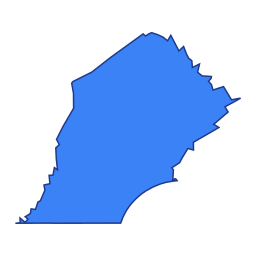 the district of Chester, Pennsylvania, United States of America
{"feature_id": "52423323B16152301148770", "entity_name": "Chester", "entity_type": "district", "adm_level": 2, "iso_a3": "USA", "parent_name": "United States of America", "parent_adm1": "Pennsylvania", "projection": "natural_earth1", "projection_center": [-75.735, 39.984], "detail": "fine", "context": "isolated", "style": "filled", "palette": "blue", "viewbox_px": 256, "rotation_deg": 0, "n_neighbors": 0, "source": "geoboundaries", "source_scale": "gbopen_adm2", "svg_char_len": 1330}
<svg xmlns="http://www.w3.org/2000/svg" viewBox="0 0 256 256"><path d="M172.7,181.2L173.4,170.0L171.9,167.7L179.6,162.7L182.2,157.8L187.9,148.5L193.5,150.0L193.4,142.3L199.7,138.6L218.9,127.5L213.7,124.3L228.1,112.0L225.0,106.8L237.2,100.1L240.6,98.1L231.5,99.8L223.5,86.6L213.0,90.0L211.4,84.5L208.5,81.3L211.1,78.4L211.4,76.5L202.1,75.9L197.6,72.2L199.5,64.0L192.4,67.5L191.8,60.7L188.7,58.3L186.5,54.1L183.6,46.5L178.9,50.9L170.8,35.3L167.6,40.8L163.1,37.2L158.0,34.8L151.7,32.7L149.1,33.7L145.5,36.0L143.1,33.9L110.8,57.3L91.8,72.1L73.0,81.5L71.7,83.2L73.5,93.4L73.6,108.3L69.1,116.0L63.0,126.5L56.5,139.4L59.3,144.6L55.8,147.9L56.3,158.8L57.5,169.8L54.4,167.6L53.0,175.2L49.1,175.3L49.9,183.7L44.0,185.0L44.9,190.2L40.4,200.7L37.9,202.1L35.5,209.4L31.1,208.9L30.3,213.6L25.2,216.7L27.9,219.0L25.2,222.4L20.0,218.0L20.2,222.7L15.4,223.3L18.8,223.2L46.8,223.1L51.0,223.1L55.2,223.2L109.5,223.1L110.1,223.1L113.1,223.1L116.4,223.1L120.7,223.1L122.9,217.3L124.6,213.9L124.8,213.4L126.7,210.1L129.2,206.4L131.5,203.5L134.3,200.5L135.2,199.5L136.5,198.3L137.2,197.6L139.2,195.9L141.8,193.7L146.2,190.7L151.7,187.7L153.0,187.0L159.2,184.4L161.2,183.7L166.2,182.3L172.5,181.2L172.7,181.2ZM177.1,180.7L176.5,179.7L176.0,179.2L175.0,178.7L174.4,179.1L173.3,181.1L177.1,180.7Z" fill="#3b82f6" stroke="#1e3a8a" stroke-width="1.5"/></svg>